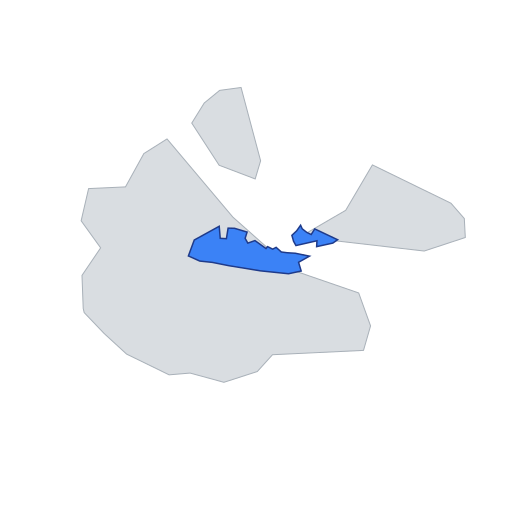 Tsuen Wan highlighted on a map of Hong Kong S.A.R., rotated 206°
{"feature_id": "HKG-5165", "entity_name": "Tsuen Wan", "entity_type": "state/province", "adm_level": 1, "iso_a3": "HKG", "parent_name": "Hong Kong S.A.R.", "parent_adm1": "", "projection": "orthographic", "projection_center": [114.074, 22.367], "detail": "fine", "context": "in_parent", "style": "filled", "palette": "blue", "viewbox_px": 512, "rotation_deg": 206, "n_neighbors": 0, "source": "natural_earth", "source_scale": "10m", "svg_char_len": 1194}
<svg xmlns="http://www.w3.org/2000/svg" viewBox="0 0 512 512"><g transform="rotate(206 256 256)"><path d="M204.2,152.7L206.3,150.7L229.5,128.4L263.9,121.9L282.0,111.1L329.3,111.1L358.3,119.7L385.6,129.8L388.3,133.1L403.9,162.3L399.2,195.2L428.6,211.0L436.0,243.2L403.6,260.9L401.7,298.9L387.3,322.2L293.8,280.8L216.8,259.3L147.5,267.8L122.4,243.4L118.0,218.3L197.9,174.5L204.2,152.7ZM191.3,388.9L103.9,388.9L85.2,381.0L76.0,364.4L107.0,334.2L224.8,292.6L195.4,336.4L191.3,388.9ZM361.3,388.9L343.3,400.9L293.6,343.6L290.5,324.9L328.9,321.4L372.0,347.3L369.6,370.8L361.3,388.9Z" fill="#d9dde1" stroke="#a8b0b8" stroke-width="1"/><path d="M274.5,273.6L273.5,267.1L269.0,264.0L263.7,269.4L250.3,267.1L249.7,269.5L244.0,269.5L241.7,272.6L235.0,270.7L229.4,272.6L221.9,275.7L207.9,279.3L215.0,269.0L208.8,262.3L219.0,254.3L245.5,244.6L276.1,235.4L292.5,231.1L304.3,226.8L316.8,226.4L318.5,243.3L302.1,266.6L295.9,256.2L290.2,258.6L293.3,268.8L287.4,271.5L274.5,273.6ZM189.8,306.4L192.6,301.3L205.6,291.0L207.9,296.4L224.7,282.9L228.7,285.7L232.8,290.3L230.5,296.4L229.4,303.2L226.4,300.7L220.8,299.5L215.8,299.5L215.1,306.1L189.8,306.4Z" fill="#3b82f6" stroke="#1e3a8a" stroke-width="1.5"/></g></svg>